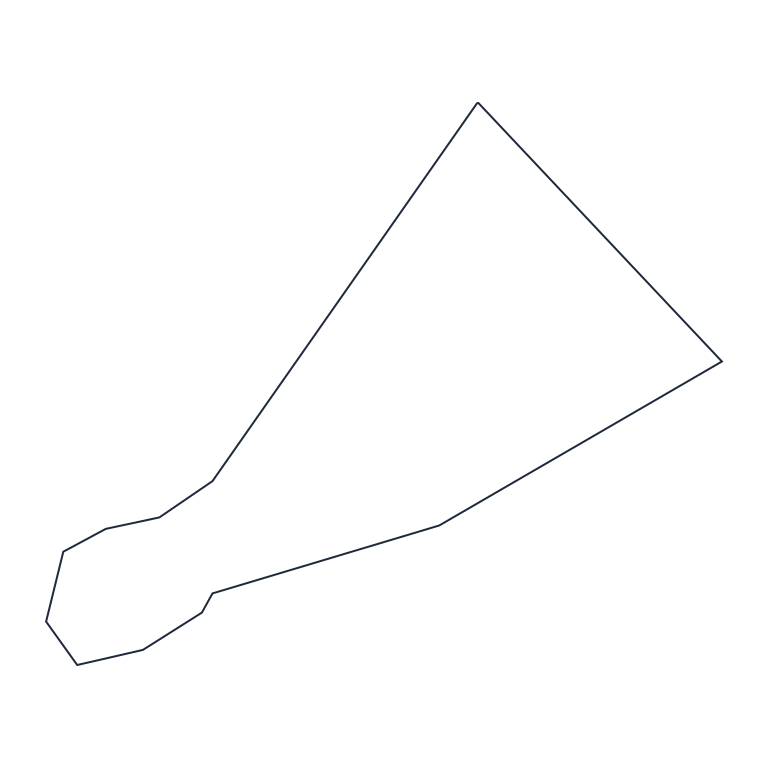 the Administrative Zone of Conakry
{"feature_id": "GIN-5630", "entity_name": "Conakry", "entity_type": "Administrative Zone", "adm_level": 1, "iso_a3": "GIN", "parent_name": "Guinea", "parent_adm1": "", "projection": "mercator", "projection_center": [-13.696, 9.54], "detail": "fine", "context": "isolated", "style": "outline", "palette": "slate", "viewbox_px": 768, "rotation_deg": 0, "n_neighbors": 0, "source": "natural_earth", "source_scale": "10m", "svg_char_len": 292}
<svg xmlns="http://www.w3.org/2000/svg" viewBox="0 0 768 768"><path d="M721.9,361.5L439.2,525.5L212.5,593.4L201.9,612.6L142.9,649.9L77.2,665.0L46.1,621.6L63.3,551.7L105.7,528.9L159.4,517.4L212.5,481.1L477.0,103.3L478.4,103.0L721.9,361.5Z" fill="none" stroke="#1e293b" stroke-width="2"/></svg>